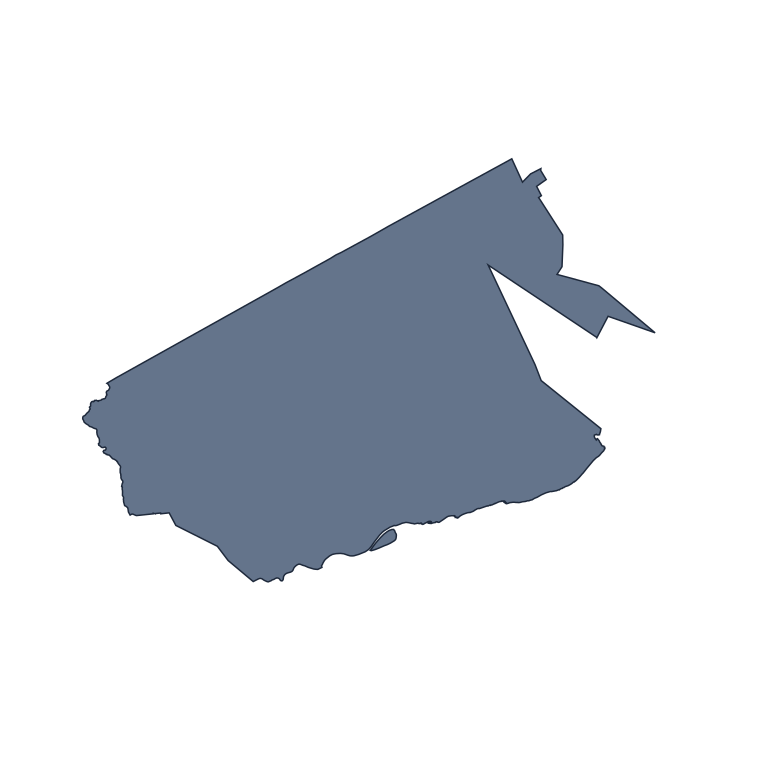 San Luis Río Colorado, Sonora, Mexico (Robinson projection), rotated 311°
{"feature_id": "50627088B17136177006846", "entity_name": "San Luis Río Colorado", "entity_type": "district", "adm_level": 2, "iso_a3": "MEX", "parent_name": "Mexico", "parent_adm1": "Sonora", "projection": "robinson", "projection_center": [-114.67, 31.992], "detail": "fine", "context": "isolated", "style": "filled", "palette": "slate", "viewbox_px": 768, "rotation_deg": 311, "n_neighbors": 0, "source": "geoboundaries", "source_scale": "gbopen_adm2", "svg_char_len": 6124}
<svg xmlns="http://www.w3.org/2000/svg" viewBox="0 0 768 768"><g transform="rotate(311 384 384)"><path d="M204.9,457.5L205.8,456.1L207.3,455.9L208.8,455.4L211.9,454.8L213.9,454.9L218.5,455.7L221.4,456.8L222.6,457.6L224.5,459.1L227.6,462.3L229.5,465.1L231.1,469.1L232.1,471.2L233.4,472.8L234.6,474.0L238.8,476.7L245.1,479.9L248.8,480.9L250.3,481.0L253.1,480.9L258.3,480.3L267.2,479.8L271.0,480.0L273.7,480.5L280.0,482.5L283.0,484.1L283.9,484.4L284.2,485.2L285.5,486.3L289.2,488.3L290.8,489.0L294.0,491.4L295.5,493.6L297.0,496.4L298.1,498.0L298.1,498.3L298.3,498.7L301.3,501.0L301.4,501.6L301.8,502.3L302.7,502.7L303.3,503.1L303.5,503.4L303.4,503.7L302.9,504.1L303.5,504.8L303.5,505.4L304.5,505.9L306.1,506.3L306.3,506.6L308.8,507.4L309.8,508.0L310.6,508.8L311.0,509.5L311.1,510.0L310.8,510.4L310.6,510.1L309.8,509.8L308.6,508.5L308.0,508.6L308.1,508.9L308.9,510.1L309.3,510.4L309.4,510.8L310.0,511.1L310.0,511.4L310.9,511.8L312.7,513.2L312.9,513.5L314.0,513.9L313.8,513.6L314.1,513.7L314.6,514.0L315.0,514.6L314.9,514.9L315.1,515.6L315.6,516.2L315.9,516.4L321.1,517.8L324.5,518.6L326.4,519.3L328.7,521.2L330.0,522.7L330.7,523.3L331.0,524.0L330.8,524.4L330.5,524.4L330.3,524.1L330.3,524.9L331.1,526.3L330.7,526.2L331.0,526.6L330.8,526.9L330.8,527.1L331.3,527.6L334.6,528.1L336.9,528.9L338.9,529.9L341.5,531.4L343.7,533.3L342.9,533.0L346.4,534.8L348.0,535.2L348.0,535.3L348.6,535.4L350.9,536.2L351.8,536.7L351.8,536.9L352.2,537.2L352.5,537.7L359.9,542.0L360.0,542.5L362.0,543.4L363.0,544.2L362.5,543.9L362.2,543.9L362.3,544.1L363.0,544.3L363.9,545.0L366.5,546.0L366.4,546.2L370.2,547.9L371.5,548.7L372.0,549.3L373.7,550.5L374.7,551.7L374.8,552.6L374.5,553.9L374.3,553.4L374.2,552.4L374.3,552.1L374.0,551.8L373.9,551.0L373.6,550.6L373.6,551.3L374.0,552.2L373.9,552.3L373.9,553.2L374.4,554.4L374.9,555.0L373.7,553.7L373.8,554.6L374.1,555.1L375.3,555.9L377.3,557.0L377.8,557.6L378.6,558.2L380.0,559.6L381.3,561.5L382.2,562.4L382.3,562.8L383.6,564.2L386.0,565.8L388.0,567.7L390.1,569.0L390.9,570.0L391.4,570.2L392.7,570.9L393.2,571.3L393.6,571.7L396.5,572.6L399.0,573.9L403.6,575.5L408.1,577.6L412.0,580.1L412.8,581.1L415.7,583.4L416.4,583.9L416.5,584.1L419.0,585.4L419.1,585.8L420.5,586.0L421.2,586.3L422.1,587.0L422.9,587.0L423.8,587.7L424.3,587.7L425.8,588.3L427.9,589.6L429.7,590.3L431.9,591.0L434.0,591.3L435.3,591.7L435.2,591.9L437.3,592.3L441.6,592.6L446.5,592.6L447.4,592.7L453.4,592.4L463.5,592.2L467.8,592.6L470.1,593.3L471.7,593.5L474.6,593.4L477.8,593.6L479.7,593.1L480.0,593.2L480.4,592.9L480.4,592.3L480.9,592.3L481.1,592.1L481.0,591.8L481.0,591.3L481.3,590.8L480.4,589.1L480.7,588.0L481.0,587.7L480.9,587.4L481.1,587.0L481.4,586.5L481.6,585.0L482.2,584.1L482.4,583.3L482.5,582.3L482.8,581.2L482.8,580.9L482.3,580.7L481.0,580.9L481.6,578.4L482.2,577.3L483.4,576.3L485.4,577.4L485.4,578.3L486.6,579.6L487.1,579.9L487.3,579.7L490.0,578.6L492.6,577.0L489.7,500.4L497.7,485.3L542.1,384.6L558.7,513.7L558.5,514.3L582.1,508.7L600.5,555.0L599.3,485.3L599.1,481.7L580.2,442.7L589.3,441.4L606.4,427.7L613.7,421.1L625.5,380.8L626.1,378.4L629.4,379.2L633.3,369.5L644.7,372.3L648.0,362.1L649.5,361.1L638.8,356.8L627.2,356.1L637.8,332.7L506.3,284.0L487.4,277.4L454.7,265.2L450.0,263.1L443.2,261.0L413.8,250.3L396.0,243.6L387.3,240.6L213.3,177.9L203.1,174.5L202.7,174.4L202.9,175.6L202.8,176.1L201.9,178.8L201.1,179.6L198.6,180.2L196.8,179.5L196.1,179.6L195.2,180.1L194.8,180.9L194.0,181.6L194.0,182.0L193.7,182.1L191.8,182.4L191.2,182.8L190.9,182.8L190.5,183.0L189.4,182.7L188.6,181.9L187.7,181.6L187.5,181.2L186.3,181.1L184.4,179.8L183.7,179.7L183.8,179.2L183.3,179.0L183.0,177.5L182.2,176.9L181.7,176.3L181.2,176.3L181.0,176.6L180.2,176.5L179.7,175.5L179.0,175.1L178.0,175.1L176.9,175.3L176.5,175.7L175.8,176.1L175.1,176.9L174.7,177.1L173.3,176.9L172.9,177.4L172.7,178.3L172.3,178.7L171.0,178.7L169.9,179.3L167.0,178.9L164.3,179.0L162.2,178.2L161.3,178.5L160.0,179.5L159.4,181.2L158.5,182.7L158.5,185.0L159.0,188.0L158.8,189.6L159.7,191.4L160.2,193.7L160.7,195.1L161.2,195.8L161.2,196.5L160.9,197.6L159.2,198.9L157.7,200.6L156.6,202.7L156.2,204.4L155.4,205.6L153.2,207.6L152.9,207.8L151.7,207.6L150.7,208.8L150.9,209.2L150.9,211.8L151.0,212.5L151.1,213.0L151.8,213.7L152.3,214.2L152.8,214.3L153.5,215.1L153.4,215.9L153.2,216.4L152.2,217.0L151.4,217.1L150.2,216.1L149.8,216.1L148.7,216.4L148.6,217.0L148.3,217.5L148.3,217.8L148.2,218.0L148.5,218.4L148.5,219.0L148.9,220.1L148.6,220.6L148.8,221.0L149.4,221.6L149.3,222.3L149.8,222.8L150.1,223.4L149.6,227.8L149.7,228.6L150.1,229.4L150.4,230.7L150.6,232.6L150.2,233.4L150.3,233.7L150.5,233.8L149.7,235.4L149.4,237.0L149.2,238.3L148.9,239.2L148.2,239.9L146.8,240.6L144.1,243.0L143.1,244.7L142.5,245.2L141.5,246.3L140.6,247.0L140.0,248.0L139.5,249.7L139.6,250.0L139.4,250.5L138.7,251.2L137.8,251.7L137.3,251.7L134.5,253.2L134.4,253.4L134.6,254.0L134.4,254.3L132.9,255.3L132.4,256.1L131.0,257.5L128.3,259.7L127.9,261.2L127.7,261.6L127.1,262.3L126.1,262.8L125.5,263.6L124.3,264.7L122.1,268.0L122.1,268.4L122.4,269.1L122.5,271.6L121.8,272.7L119.7,275.1L118.5,278.4L119.8,278.8L120.6,279.2L121.1,280.0L121.9,282.6L122.3,283.5L134.6,295.0L135.1,294.6L136.1,296.8L136.3,296.8L136.1,296.3L139.9,299.9L139.8,300.1L140.0,300.3L139.6,300.7L145.8,306.4L140.7,319.7L152.2,364.7L148.5,382.2L149.1,414.9L154.3,417.0L155.6,417.7L156.3,418.4L157.0,419.9L157.2,422.2L158.1,425.3L158.4,425.9L158.8,426.5L161.8,428.0L162.8,428.1L164.1,429.0L166.0,429.6L167.4,430.4L168.0,431.4L168.3,432.4L168.3,433.3L167.9,434.2L167.9,435.2L168.4,436.1L168.7,436.3L169.8,436.3L170.6,436.0L172.5,434.7L173.0,434.5L174.5,434.2L175.4,434.2L176.7,434.5L178.0,435.1L180.9,437.0L182.2,437.5L183.6,437.5L186.0,436.7L187.3,436.6L189.2,436.8L190.8,437.2L192.2,437.9L192.7,438.6L193.1,439.3L193.9,441.7L194.8,443.5L195.9,447.1L198.3,452.4L199.8,454.6L200.7,455.7L204.9,457.5ZM258.2,482.1L249.4,482.8L249.9,483.8L253.0,485.8L256.8,487.8L262.1,490.3L264.8,491.8L268.0,493.2L272.3,494.6L274.0,494.8L274.8,494.6L275.8,494.1L277.7,492.8L278.7,491.8L279.3,490.0L280.4,488.0L280.3,487.3L280.6,486.7L279.4,485.4L276.9,484.0L274.7,483.3L270.4,482.4L265.6,482.1L258.2,482.1Z" fill="#64748b" stroke="#1e293b" stroke-width="1.5"/></g></svg>